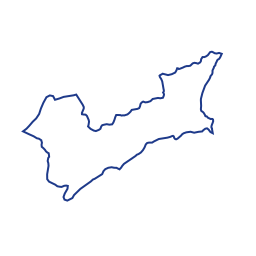 outline of Souss - Massa - Draâ, rotated 171°
{"feature_id": "MAR-1455", "entity_name": "Souss - Massa - Draâ", "entity_type": "Region", "adm_level": 1, "iso_a3": "MAR", "parent_name": "Morocco", "parent_adm1": "", "projection": "mercator", "projection_center": [-8.042, 30.523], "detail": "fine", "context": "isolated", "style": "outline", "palette": "blue", "viewbox_px": 256, "rotation_deg": 171, "n_neighbors": 0, "source": "natural_earth", "source_scale": "10m", "svg_char_len": 3084}
<svg xmlns="http://www.w3.org/2000/svg" viewBox="0 0 256 256"><g transform="rotate(171 128 128)"><path d="M232.2,141.1L228.3,143.2L225.2,145.6L221.1,149.1L217.2,151.8L213.6,155.7L211.0,160.8L207.6,166.2L203.7,171.2L200.1,172.4L197.0,171.2L195.7,167.3L191.1,167.9L186.7,168.8L182.0,168.8L176.6,168.8L173.9,169.1L169.1,158.0L168.4,155.6L168.7,154.1L171.2,150.0L171.3,148.8L169.9,148.3L167.8,147.8L166.7,146.4L165.6,142.2L165.5,140.3L166.5,137.2L167.2,135.8L165.1,133.0L162.2,130.8L160.2,130.0L157.1,130.7L155.4,131.5L154.2,133.7L153.0,134.8L151.1,135.0L148.4,135.1L145.9,134.2L143.1,134.1L141.6,135.7L140.0,138.4L138.9,140.7L137.6,142.7L133.7,142.0L132.4,141.3L131.0,141.3L129.7,141.0L126.4,141.5L124.5,142.6L122.9,143.8L121.5,145.3L115.6,145.4L113.8,145.9L112.7,147.6L111.9,149.7L110.6,151.0L108.9,151.7L106.9,150.6L104.6,150.5L101.6,151.0L99.1,152.8L93.7,153.0L91.4,152.3L88.8,152.4L87.8,154.0L87.2,155.3L87.3,156.6L87.8,157.5L86.9,158.6L86.7,159.7L86.8,161.0L86.9,168.6L87.5,171.1L88.5,173.3L88.7,174.7L87.8,175.3L86.6,175.6L85.3,176.2L80.2,174.0L76.3,174.3L72.7,175.4L71.1,177.4L70.1,179.3L69.3,179.1L68.6,178.3L67.5,178.4L64.3,179.1L62.4,179.7L60.2,180.0L58.4,179.7L56.7,179.8L54.0,181.7L52.2,182.0L50.4,181.4L48.8,180.6L46.5,181.5L45.5,182.7L45.0,184.5L43.3,186.4L41.4,186.1L39.5,186.6L37.7,187.5L35.0,190.1L33.2,190.2L31.7,189.2L30.9,188.4L29.8,188.0L28.9,187.7L26.3,187.9L23.8,186.6L25.7,183.7L26.7,182.5L27.4,181.9L28.8,181.4L29.4,180.7L30.3,179.3L31.2,178.1L31.6,177.3L31.8,176.6L32.0,176.2L33.3,175.2L33.5,175.0L33.8,174.1L35.4,171.8L35.6,171.3L35.7,170.4L35.9,169.4L36.2,168.6L36.6,167.9L38.4,166.3L38.7,165.8L38.9,165.1L40.4,163.0L45.2,157.8L49.0,151.0L51.4,145.4L51.7,143.9L52.3,138.4L53.0,135.5L53.1,134.7L53.0,133.6L52.6,133.0L52.0,132.6L51.4,131.9L50.9,131.2L50.0,129.0L49.7,127.6L49.4,127.4L49.0,127.4L48.5,127.2L48.2,126.9L47.5,125.7L44.9,123.9L44.1,123.9L43.2,123.7L42.7,123.1L42.8,121.4L43.6,119.8L44.5,118.3L45.2,116.9L45.5,115.9L45.5,115.4L45.4,115.0L45.1,114.6L45.1,114.3L45.2,114.0L45.2,113.5L45.1,109.6L47.2,111.1L48.7,113.9L50.0,115.3L51.8,115.2L53.9,114.1L55.3,113.0L59.0,113.2L63.4,113.0L66.8,114.5L71.0,114.6L73.8,114.1L75.4,113.4L76.9,112.1L80.8,109.7L82.3,109.3L83.3,109.9L83.9,111.0L84.1,112.5L84.8,113.2L85.8,113.1L87.8,112.6L90.6,112.3L99.3,112.3L104.4,110.7L106.5,109.8L109.6,110.3L111.4,110.2L113.0,109.0L114.7,106.2L116.7,103.8L119.1,101.8L121.7,100.6L123.5,100.2L124.9,99.2L137.6,93.2L139.7,91.4L141.0,89.9L142.1,89.1L142.8,88.5L144.3,89.5L145.6,90.5L147.9,90.9L150.3,91.8L153.7,91.8L156.9,90.9L159.0,89.2L160.7,86.5L168.9,83.0L170.7,82.6L173.1,81.0L184.6,75.3L191.8,70.2L193.9,67.5L199.3,65.8L201.9,67.2L202.5,69.9L200.7,73.2L197.3,77.4L196.5,80.2L198.0,80.8L200.0,80.9L202.8,80.2L204.7,80.7L206.9,81.5L208.7,83.4L214.4,87.4L215.8,90.1L215.1,94.9L212.4,103.1L212.2,105.8L212.5,108.0L211.4,111.0L210.4,111.9L210.3,113.4L210.3,115.5L211.5,116.4L212.7,117.8L213.4,119.4L214.7,121.3L216.1,122.9L216.0,125.0L215.3,126.9L215.6,129.5L217.7,131.4L219.6,132.1L222.5,134.6L226.5,137.2L232.2,141.1Z" fill="none" stroke="#1e3a8a" stroke-width="2"/></g></svg>